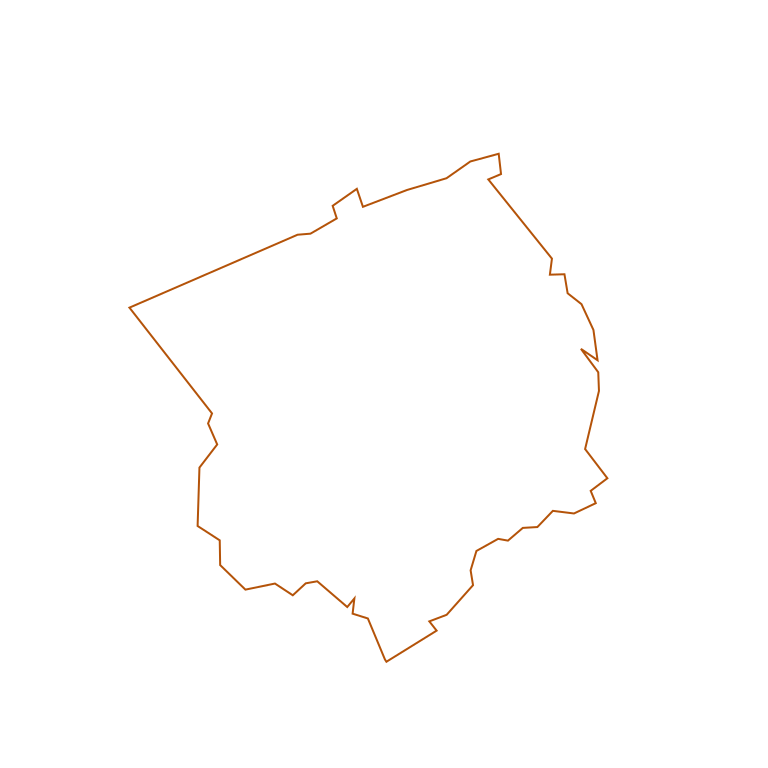 the district of Maury, Tennessee, United States of America, rotated 315°
{"feature_id": "52423323B71507411372136", "entity_name": "Maury", "entity_type": "district", "adm_level": 2, "iso_a3": "USA", "parent_name": "United States of America", "parent_adm1": "Tennessee", "projection": "natural_earth1", "projection_center": [-87.076, 35.629], "detail": "fine", "context": "isolated", "style": "outline", "palette": "amber", "viewbox_px": 768, "rotation_deg": 315, "n_neighbors": 0, "source": "geoboundaries", "source_scale": "gbopen_adm2", "svg_char_len": 862}
<svg xmlns="http://www.w3.org/2000/svg" viewBox="0 0 768 768"><g transform="rotate(315 384 384)"><path d="M258.0,150.0L241.6,283.2L231.7,287.5L223.3,308.8L194.4,312.6L151.8,352.6L157.3,378.4L140.1,396.2L140.6,431.4L165.8,448.0L170.1,468.9L187.7,469.6L197.3,476.3L200.3,515.7L211.4,514.7L199.4,524.2L206.8,538.4L189.9,579.4L189.3,582.1L246.8,595.6L248.2,583.9L265.1,591.5L304.7,589.2L313.5,577.0L331.3,567.4L355.2,574.2L360.9,582.4L380.4,583.9L391.3,593.6L413.7,593.1L426.8,609.9L449.5,618.0L454.6,605.7L475.3,608.6L480.2,572.2L531.1,540.9L543.8,527.2L548.1,498.4L551.8,518.2L570.3,493.9L580.1,467.2L578.0,449.7L589.2,434.0L578.6,424.0L591.4,414.1L602.4,313.1L615.2,318.3L627.9,302.3L602.4,287.7L573.7,282.7L537.3,263.0L494.4,243.8L502.8,226.8L473.7,221.7L467.7,233.5L438.3,225.7L428.4,217.3L258.0,150.0Z" fill="none" stroke="#b45309" stroke-width="2"/></g></svg>